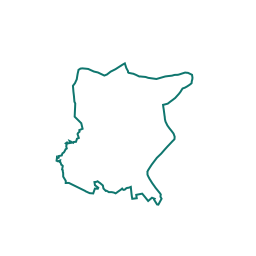 Sunuapa, Chiapas, Mexico, rotated 226°
{"feature_id": "50627088B5498288476190", "entity_name": "Sunuapa", "entity_type": "district", "adm_level": 2, "iso_a3": "MEX", "parent_name": "Mexico", "parent_adm1": "Chiapas", "projection": "orthographic", "projection_center": [-93.257, 17.483], "detail": "fine", "context": "isolated", "style": "outline", "palette": "teal", "viewbox_px": 256, "rotation_deg": 226, "n_neighbors": 0, "source": "geoboundaries", "source_scale": "gbopen_adm2", "svg_char_len": 2882}
<svg xmlns="http://www.w3.org/2000/svg" viewBox="0 0 256 256"><g transform="rotate(226 128 128)"><path d="M128.2,207.6L129.8,204.4L131.0,201.9L131.7,200.7L132.2,200.2L133.9,198.3L135.1,196.0L137.8,192.5L139.2,190.6L143.5,182.5L150.0,177.4L152.3,176.2L152.5,176.1L156.1,173.0L156.2,172.9L156.4,172.8L157.2,171.9L157.5,171.8L161.3,170.4L161.5,170.3L161.9,170.1L163.2,169.6L164.3,168.8L167.2,166.8L167.9,166.7L168.9,167.5L172.2,168.4L176.7,170.6L177.4,167.8L179.0,159.8L180.6,154.7L181.1,150.0L182.2,147.4L188.9,144.9L192.3,142.7L198.1,140.4L199.8,139.0L202.6,136.6L203.8,135.0L203.9,134.3L204.2,132.8L202.6,130.4L202.3,129.9L201.0,128.1L198.6,124.9L197.9,123.0L197.1,121.1L196.6,117.7L193.9,115.5L192.2,114.1L188.0,110.9L187.3,110.3L184.1,107.7L183.7,107.6L182.3,107.1L179.8,104.5L178.5,103.1L173.2,97.5L163.9,97.7L159.0,94.8L160.3,91.5L159.0,90.6L159.1,88.9L158.9,88.0L158.7,87.5L155.0,85.7L155.7,83.8L154.2,81.0L155.6,79.3L155.4,78.3L157.2,77.7L159.3,76.9L158.2,76.4L157.2,76.3L158.7,74.1L160.0,74.1L160.2,72.5L158.9,72.6L157.8,70.9L155.8,69.7L155.9,69.1L156.1,68.4L155.5,66.8L155.0,65.0L155.3,63.2L154.3,61.3L156.1,58.4L154.8,57.6L155.2,56.4L156.1,56.4L155.9,56.2L154.1,53.9L152.8,54.4L152.3,55.5L151.8,56.6L150.9,55.3L150.3,55.6L147.9,54.5L147.5,54.7L146.0,54.7L145.2,53.6L143.9,51.7L143.0,51.8L142.0,50.9L141.6,50.6L140.8,50.2L138.0,47.6L133.2,46.5L131.7,45.0L129.6,47.3L112.7,53.4L111.7,53.6L107.7,55.2L105.1,57.5L106.5,60.3L107.4,62.1L105.3,64.1L105.7,65.1L109.8,64.5L112.4,66.3L111.2,67.9L110.8,69.1L109.3,69.3L108.0,69.6L107.2,69.7L104.1,70.0L102.9,69.2L101.5,68.3L98.2,68.3L97.9,68.9L96.7,69.3L95.1,69.7L94.5,70.4L93.1,71.8L91.3,73.0L89.6,73.7L89.4,74.8L89.2,76.3L88.9,78.2L88.6,80.0L88.5,81.7L87.7,81.6L87.2,81.7L86.8,81.7L86.4,82.0L86.2,82.4L85.9,83.0L85.8,83.6L85.9,84.5L85.8,85.0L85.5,85.8L85.0,86.4L84.4,87.3L83.7,89.1L78.6,85.1L76.2,83.3L74.1,81.9L71.4,85.5L73.4,86.9L74.2,87.5L70.9,92.6L66.8,92.3L61.5,91.8L61.2,96.8L58.6,98.0L58.4,97.0L52.8,95.8L51.8,96.6L53.8,103.0L56.0,103.6L56.9,104.6L57.1,105.0L57.3,105.3L57.6,105.4L58.3,105.6L60.5,105.8L63.9,106.1L66.2,106.3L67.2,106.5L70.7,107.0L71.4,107.1L73.8,107.6L74.6,107.8L76.2,108.1L79.0,108.9L80.9,109.6L82.9,111.5L83.1,111.6L83.7,113.3L84.5,116.6L85.2,119.7L86.5,128.0L86.5,133.6L86.5,134.1L87.0,139.7L87.3,144.2L87.3,144.8L87.6,150.8L87.6,152.5L87.7,153.7L89.3,155.5L92.4,156.9L94.1,157.1L95.8,157.3L99.1,157.6L102.5,158.1L104.3,158.7L106.5,159.4L108.7,160.7L110.7,162.3L111.6,162.9L112.5,163.6L116.7,166.7L118.3,167.8L120.3,169.3L119.4,170.8L117.9,173.5L117.6,176.4L117.1,180.2L116.9,182.1L116.8,182.6L117.2,188.5L117.6,191.0L117.8,191.8L118.3,193.7L118.5,194.7L118.2,195.4L117.5,196.9L117.0,198.8L116.9,199.1L116.4,201.7L116.3,202.2L116.1,203.9L116.1,204.9L117.3,206.3L118.5,208.3L119.5,209.4L121.8,211.0L125.9,209.5L126.1,209.4L126.6,208.9L128.2,207.6Z" fill="none" stroke="#0f766e" stroke-width="2"/></g></svg>